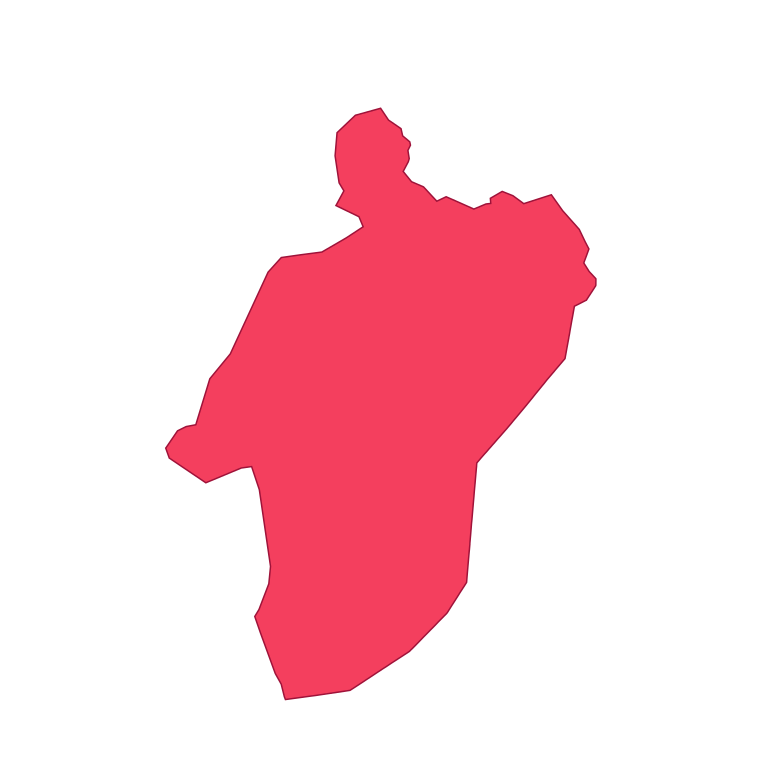 the district of Ad Diwaim, White Nile, Sudan, rotated 239°
{"feature_id": "16777658B64603280901749", "entity_name": "Ad Diwaim", "entity_type": "district", "adm_level": 2, "iso_a3": "SDN", "parent_name": "Sudan", "parent_adm1": "White Nile", "projection": "mercator", "projection_center": [31.891, 13.947], "detail": "fine", "context": "isolated", "style": "filled", "palette": "rose", "viewbox_px": 768, "rotation_deg": 239, "n_neighbors": 0, "source": "geoboundaries", "source_scale": "gbopen_adm2", "svg_char_len": 2559}
<svg xmlns="http://www.w3.org/2000/svg" viewBox="0 0 768 768"><g transform="rotate(239 384 384)"><path d="M441.8,164.7L441.5,163.9L431.1,161.8L391.1,180.4L385.5,218.4L381.4,228.0L357.6,222.7L286.1,192.8L272.1,182.4L255.1,160.7L251.3,153.5L234.2,149.9L191.8,141.7L182.0,141.4L179.6,141.3L167.2,137.5L164.3,137.0L154.2,160.5L152.3,164.8L150.9,168.2L141.0,192.0L138.9,197.1L139.0,200.1L139.5,213.7L139.6,215.4L140.5,236.1L140.6,240.5L140.9,246.1L141.2,255.1L141.7,268.0L141.8,268.4L141.9,268.9L142.3,270.3L142.4,270.9L142.6,271.8L142.9,273.0L144.1,277.6L144.8,280.3L146.8,287.7L147.2,289.3L148.3,293.6L149.2,297.0L150.4,301.8L151.9,307.3L152.0,307.6L154.0,315.4L154.8,318.7L155.2,320.0L155.5,320.7L159.3,328.2L161.2,332.1L165.0,339.7L165.7,341.0L169.8,349.4L171.4,352.6L172.2,353.2L176.7,356.4L186.4,363.4L196.6,370.8L197.9,371.8L202.6,375.2L203.0,375.4L209.6,380.2L214.9,384.0L219.8,387.5L222.3,389.4L228.8,394.1L233.5,397.5L234.2,398.0L241.2,403.1L244.3,405.3L249.1,408.8L252.1,411.0L260.5,417.1L264.5,420.0L265.4,420.7L266.6,421.5L267.2,421.9L268.6,423.0L269.5,425.8L270.5,428.7L272.3,434.3L273.0,436.7L274.5,441.2L274.8,442.3L275.2,443.5L276.0,445.9L276.8,448.6L277.2,449.7L277.8,451.6L277.9,451.8L278.2,452.7L279.8,457.9L280.1,458.8L281.9,464.4L282.4,466.0L283.0,467.7L284.1,471.0L284.6,472.5L285.4,474.7L285.7,475.5L288.6,484.0L292.6,495.5L293.1,496.8L294.4,500.5L294.6,501.0L295.7,504.1L297.3,508.3L299.5,514.5L301.1,518.9L301.7,520.7L303.7,526.0L303.9,526.6L304.7,529.0L306.2,533.5L307.2,536.5L307.6,537.5L308.4,539.9L310.0,544.7L312.1,550.9L312.5,552.2L317.4,556.5L320.5,559.2L328.4,566.2L328.6,566.3L331.4,568.8L334.7,571.6L337.9,574.4L340.8,576.9L344.5,580.2L352.4,587.1L352.6,587.3L352.2,592.4L352.1,593.9L351.7,600.1L351.6,600.6L352.0,601.4L353.0,603.4L356.4,610.5L359.2,616.1L359.8,616.6L365.0,619.8L365.8,619.7L374.7,617.8L383.6,617.6L384.8,617.6L385.7,618.6L389.5,623.4L393.9,628.8L394.2,629.2L394.3,629.2L402.4,629.7L416.0,631.0L440.5,626.4L460.0,624.9L466.6,596.7L479.0,591.5L488.2,584.5L488.4,570.8L483.8,568.5L485.8,564.1L487.7,551.1L500.6,542.1L512.5,533.7L513.5,523.4L532.6,519.4L543.2,511.8L556.3,509.9L562.0,519.3L564.2,521.7L571.9,524.8L575.1,529.7L578.3,530.8L587.1,527.8L594.1,530.1L607.9,523.8L622.1,523.1L629.1,497.9L623.6,473.2L604.8,459.6L579.5,449.1L570.2,449.1L561.7,434.7L540.3,448.7L529.5,447.1L528.7,426.6L529.1,398.7L537.3,380.0L545.3,361.1L539.6,342.3L489.0,267.8L478.2,237.4L470.6,229.0L446.0,201.7L449.4,192.5L450.2,182.9L443.6,168.6L441.8,164.7L441.8,164.7Z" fill="#f43f5e" stroke="#9f1239" stroke-width="1.5"/></g></svg>